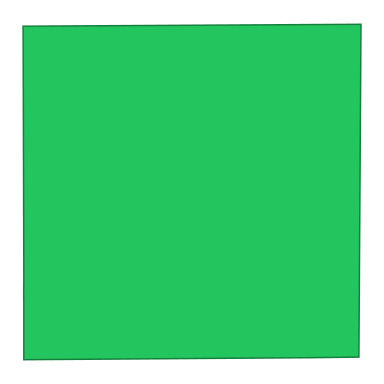 outline of Wallace, Kansas, United States of America
{"feature_id": "52423323B26647811749037", "entity_name": "Wallace", "entity_type": "district", "adm_level": 2, "iso_a3": "USA", "parent_name": "United States of America", "parent_adm1": "Kansas", "projection": "orthographic", "projection_center": [-101.931, 38.916], "detail": "fine", "context": "isolated", "style": "filled", "palette": "green", "viewbox_px": 384, "rotation_deg": 0, "n_neighbors": 0, "source": "geoboundaries", "source_scale": "gbopen_adm2", "svg_char_len": 285}
<svg xmlns="http://www.w3.org/2000/svg" viewBox="0 0 384 384"><path d="M23.8,359.7L309.5,357.7L358.9,357.1L361.0,24.3L23.0,26.2L23.1,28.8L23.3,92.1L23.8,271.0L23.8,281.7L23.7,293.9L23.8,304.2L23.8,315.3L23.8,316.2L23.8,359.7Z" fill="#22c55e" stroke="#15803d" stroke-width="1.5"/></svg>